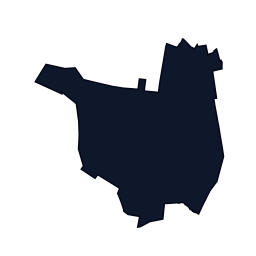 Lusaka, Lusaka, Zambia, rotated 189°
{"feature_id": "96606910B10621059217070", "entity_name": "Lusaka", "entity_type": "district", "adm_level": 2, "iso_a3": "ZMB", "parent_name": "Zambia", "parent_adm1": "Lusaka", "projection": "robinson", "projection_center": [28.258, -15.427], "detail": "fine", "context": "isolated", "style": "filled", "palette": "ink", "viewbox_px": 256, "rotation_deg": 189, "n_neighbors": 0, "source": "geoboundaries", "source_scale": "gbopen_adm2", "svg_char_len": 3341}
<svg xmlns="http://www.w3.org/2000/svg" viewBox="0 0 256 256"><g transform="rotate(189 128 128)"><path d="M44.8,54.1L44.1,56.8L42.4,62.8L42.2,63.3L37.3,78.8L31.9,89.2L31.5,93.0L29.2,114.8L29.8,116.7L31.7,122.8L33.3,127.4L34.1,129.8L34.2,130.2L35.7,134.6L39.1,144.9L40.6,148.9L41.0,150.2L41.0,150.3L44.8,161.0L45.7,163.5L48.0,170.6L45.3,171.3L45.8,173.1L47.2,177.5L50.7,188.9L53.0,196.1L53.4,197.5L44.4,201.2L44.8,202.3L44.8,203.1L45.0,204.3L45.2,205.7L45.3,206.4L45.3,207.0L45.5,207.6L45.7,208.1L46.6,208.5L46.7,209.4L48.4,209.1L48.4,209.4L48.5,209.9L48.9,210.9L50.5,214.6L51.7,217.3L52.9,219.9L53.2,219.7L53.4,219.5L53.6,219.3L53.8,219.1L53.9,218.9L54.1,218.7L54.1,218.2L54.4,218.1L54.7,217.9L54.9,217.8L55.1,217.5L55.0,217.2L54.8,216.8L54.9,216.5L55.3,216.4L55.7,216.0L56.1,215.4L56.4,215.3L56.7,215.1L57.1,214.9L57.4,214.6L58.1,214.4L58.5,214.3L58.7,214.2L58.9,213.9L59.4,213.6L59.7,213.3L60.0,212.9L60.3,212.3L62.0,216.5L64.0,221.8L71.7,219.3L72.7,221.1L74.7,216.6L76.9,217.3L78.8,217.9L78.8,218.0L87.2,224.4L88.1,224.4L88.4,222.4L89.2,220.4L90.3,219.0L90.5,218.6L90.8,217.3L90.9,217.0L91.2,216.7L91.6,216.4L92.0,216.0L92.5,215.2L102.3,217.2L102.9,217.3L103.3,214.4L103.4,202.5L103.7,176.9L103.4,167.9L105.4,167.8L107.5,167.7L111.4,167.4L115.5,167.2L117.8,167.0L118.0,171.5L118.2,178.4L121.3,178.3L124.4,178.2L124.2,171.0L124.1,167.8L139.1,166.6L150.4,166.6L179.7,168.8L183.3,172.5L189.7,179.1L190.4,178.9L199.6,176.8L218.9,178.0L225.4,162.6L226.8,159.2L198.6,151.4L198.9,153.2L182.8,144.0L181.2,138.7L178.9,130.9L178.1,128.3L177.7,127.1L175.3,114.8L174.4,107.7L174.0,103.7L173.6,99.6L169.1,90.0L168.5,88.6L167.8,87.2L167.3,86.2L166.4,84.4L166.3,84.2L166.0,83.9L166.4,82.6L166.8,81.9L167.7,80.0L152.7,73.2L150.7,77.2L149.9,76.8L147.5,75.9L126.8,67.2L127.9,61.8L125.1,57.2L123.6,54.6L122.0,51.7L119.8,47.4L119.1,45.3L119.1,45.2L114.6,42.7L112.3,42.6L104.3,42.5L102.6,42.5L102.9,31.6L100.2,32.6L96.8,35.2L94.0,37.3L92.5,38.6L91.2,39.2L90.4,39.5L79.4,43.5L79.5,45.5L80.2,57.6L80.3,59.0L79.5,59.2L67.3,62.0L66.4,61.7L65.0,62.1L64.1,62.7L63.9,62.8L63.7,62.9L63.5,63.0L63.4,63.0L62.9,63.0L62.8,62.9L62.7,62.9L62.4,62.8L62.3,63.0L62.2,63.0L62.0,62.9L61.9,62.9L61.7,63.0L61.4,63.0L61.3,62.9L61.2,62.8L60.9,62.7L60.7,62.6L60.5,62.4L60.4,62.4L60.3,62.2L60.1,62.2L60.0,62.3L59.8,62.3L59.8,62.0L59.7,62.0L59.4,62.1L59.4,61.8L59.3,61.7L59.2,61.5L59.3,61.3L59.2,61.3L58.9,61.2L58.7,61.3L58.6,61.2L58.4,60.9L58.1,60.9L57.9,60.8L57.7,60.8L57.7,60.7L57.5,60.4L57.4,60.4L57.3,60.5L57.0,60.5L56.9,60.4L56.8,60.2L56.5,60.1L56.4,60.1L56.2,59.9L56.1,59.7L55.9,59.6L55.8,59.4L55.7,59.4L55.5,59.5L55.4,59.5L55.3,59.4L55.2,59.4L55.2,59.2L54.9,58.9L54.9,58.7L54.7,58.5L54.7,58.4L54.5,58.2L54.4,58.0L54.4,57.9L54.1,57.9L53.9,57.9L53.9,57.7L53.8,57.4L53.7,57.3L53.6,57.2L53.0,57.2L52.9,57.2L52.6,57.1L52.4,57.1L52.2,56.9L51.9,56.9L51.7,56.8L51.7,56.7L51.8,56.5L51.7,56.4L51.4,56.4L51.3,56.2L51.2,55.9L50.9,55.9L50.7,56.0L50.4,56.0L50.4,55.9L50.2,55.7L49.9,55.5L49.7,55.4L49.5,55.2L49.4,55.2L49.2,55.3L49.1,55.5L49.0,55.8L48.9,56.0L48.8,55.8L48.7,55.7L48.5,55.4L48.4,55.3L48.4,55.2L48.1,55.2L48.1,55.3L48.0,55.2L47.9,55.3L47.7,55.3L47.5,55.5L47.4,55.5L47.3,55.4L47.3,55.1L47.2,55.1L46.9,55.2L46.7,55.1L46.4,55.0L46.2,55.0L46.1,54.9L46.1,54.5L45.3,54.5L45.2,54.5L45.2,54.4L45.1,54.2L44.9,54.1L44.8,54.1Z" fill="#0f172a" stroke="#020617" stroke-width="1.5"/></g></svg>